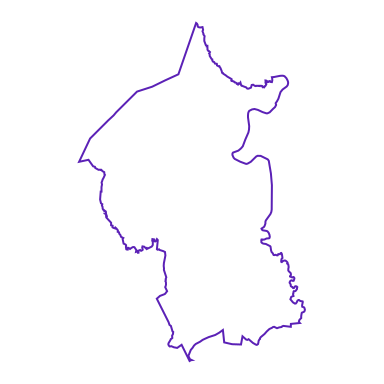 Tanquián de Escobedo, San Luis Potosí, Mexico (Natural Earth projection)
{"feature_id": "50627088B81870617842990", "entity_name": "Tanquián de Escobedo", "entity_type": "district", "adm_level": 2, "iso_a3": "MEX", "parent_name": "Mexico", "parent_adm1": "San Luis Potosí", "projection": "natural_earth1", "projection_center": [-98.642, 21.612], "detail": "fine", "context": "isolated", "style": "outline", "palette": "violet", "viewbox_px": 384, "rotation_deg": 0, "n_neighbors": 0, "source": "geoboundaries", "source_scale": "gbopen_adm2", "svg_char_len": 5982}
<svg xmlns="http://www.w3.org/2000/svg" viewBox="0 0 384 384"><path d="M271.9,77.2L272.2,78.4L272.3,80.4L271.9,82.1L270.8,82.0L269.9,81.0L268.6,81.4L268.6,81.9L267.1,82.2L266.8,81.6L267.0,81.1L266.3,80.6L265.7,80.5L265.8,80.9L265.5,81.0L265.6,81.6L265.5,82.6L265.7,82.9L265.6,83.0L266.0,83.9L266.3,84.2L265.6,85.6L264.9,86.4L264.9,86.1L264.1,86.5L264.0,86.8L262.9,87.3L262.3,86.7L262.1,86.0L261.2,85.8L257.9,85.8L258.0,85.9L257.0,85.8L255.7,86.1L254.7,85.8L253.1,84.7L251.7,85.0L251.0,87.6L248.7,88.6L247.9,88.7L247.1,88.5L246.2,87.4L243.0,86.2L242.1,85.7L241.7,85.8L241.2,85.4L240.4,82.5L239.6,83.6L238.8,83.4L238.7,84.2L238.1,84.6L237.3,83.6L236.9,83.7L236.9,83.4L236.2,82.9L234.8,82.2L234.7,82.3L233.7,81.4L233.5,81.5L231.9,80.8L231.5,80.9L231.3,80.5L231.7,79.9L231.6,79.1L227.3,76.6L225.7,75.3L223.2,73.7L223.0,73.1L222.1,72.8L221.7,71.1L220.5,68.1L219.7,66.9L219.4,66.2L218.8,66.4L217.0,65.4L216.8,63.8L215.0,63.6L214.2,62.1L212.8,61.5L212.2,60.1L212.3,59.4L211.5,58.9L209.7,55.9L209.7,54.2L209.1,53.5L210.0,52.1L209.0,51.1L208.4,51.0L207.5,49.7L207.4,46.0L206.6,46.2L206.5,45.4L205.8,45.1L204.3,41.0L204.3,38.3L204.6,36.1L203.4,34.5L203.5,33.9L202.5,31.2L203.1,29.9L202.5,27.1L200.1,27.5L198.3,27.1L197.7,26.3L197.6,24.9L197.0,23.7L196.1,23.0L178.4,74.3L165.3,80.3L152.2,86.7L137.0,91.6L116.2,112.3L113.6,115.4L108.2,120.4L90.1,138.5L79.1,161.8L88.5,159.8L93.1,166.3L94.9,166.8L95.3,168.0L98.5,169.8L100.2,169.7L100.5,170.0L101.3,169.8L102.5,171.2L104.2,172.1L104.5,174.5L104.9,174.9L103.2,178.6L102.7,179.3L102.1,181.3L101.6,182.4L102.0,184.5L101.5,187.0L101.5,191.6L100.7,191.6L100.1,199.5L101.0,203.3L102.3,204.2L101.9,205.6L102.5,206.7L102.7,208.8L103.3,209.8L103.7,209.8L104.0,210.1L104.3,211.2L105.0,210.9L105.8,211.5L106.0,213.3L105.1,213.7L105.8,214.1L106.6,215.2L106.8,216.2L106.1,216.2L106.3,217.5L111.1,222.7L111.1,225.3L112.6,225.7L112.5,227.3L113.3,227.8L115.3,228.5L115.5,227.7L116.4,228.5L117.9,230.4L117.7,231.8L119.0,232.3L119.3,233.8L120.4,235.0L121.0,236.8L123.3,238.0L122.6,238.9L123.6,243.6L125.5,244.5L126.1,245.2L125.9,247.0L126.3,249.3L126.7,249.5L127.7,249.6L128.0,247.8L128.7,247.9L130.0,249.0L131.4,247.9L133.1,247.0L134.4,247.2L136.5,250.3L136.2,250.8L136.0,251.8L137.0,251.4L137.9,252.8L138.5,252.7L138.5,252.1L138.1,250.8L140.1,250.0L140.5,250.5L141.1,250.8L142.5,250.1L142.7,249.4L142.2,247.6L142.5,246.4L144.2,246.7L146.1,248.5L146.2,247.9L146.9,247.9L147.4,248.7L151.7,246.6L152.6,245.4L152.8,244.7L152.8,242.0L152.7,241.4L152.2,240.8L152.4,239.1L154.1,239.4L154.1,241.1L155.1,241.5L155.9,241.0L156.9,239.1L157.8,240.1L156.9,249.2L157.5,249.7L159.0,249.3L159.4,249.9L163.2,251.1L165.0,252.0L165.4,255.5L163.9,263.1L163.7,265.9L164.0,268.5L163.9,269.9L166.3,277.3L165.6,279.2L165.9,279.9L165.4,281.1L165.9,282.1L166.0,284.5L165.7,286.0L165.2,287.1L167.1,291.2L165.1,293.8L164.2,294.3L160.0,295.9L156.8,298.7L168.6,322.2L169.5,324.9L170.9,325.9L172.5,331.4L173.2,331.9L173.0,334.0L172.1,335.7L172.3,338.0L171.4,338.8L170.8,339.1L170.3,340.3L168.7,342.9L168.3,344.1L168.8,345.6L169.8,346.5L171.3,346.2L173.9,347.3L177.2,347.9L181.6,344.8L189.6,361.0L191.0,360.2L191.8,360.1L189.9,359.2L188.4,355.9L190.8,349.9L192.6,347.8L194.0,345.6L195.7,344.0L200.1,341.7L202.6,339.9L204.9,338.8L208.7,337.1L215.2,335.0L219.2,332.7L222.9,330.0L224.2,342.4L232.1,344.2L241.0,344.5L242.5,336.3L246.2,339.6L247.4,339.9L248.6,339.2L252.9,342.9L255.8,344.6L256.8,344.9L258.0,344.1L258.4,342.5L258.6,340.9L259.3,339.6L260.0,339.0L259.9,338.4L260.8,337.1L264.5,334.0L266.8,331.4L269.4,329.0L272.0,327.8L272.9,327.1L274.1,326.8L277.0,328.2L279.2,327.4L281.6,327.0L282.2,326.3L283.3,325.9L290.8,326.8L290.9,323.9L299.8,323.0L299.5,322.7L298.9,321.3L299.5,319.8L301.2,318.1L301.2,316.1L301.7,313.0L302.0,312.6L303.6,312.0L304.3,311.5L304.7,310.7L304.9,309.6L304.4,307.9L304.1,307.4L302.2,306.7L302.1,305.2L302.8,302.0L302.6,301.4L300.3,301.0L299.0,300.0L298.5,300.0L297.5,300.6L296.7,302.4L295.8,303.5L294.9,303.6L293.0,302.4L290.4,299.3L291.2,297.0L291.8,296.6L293.5,296.0L293.0,294.0L293.4,293.3L293.4,292.1L293.8,291.2L295.0,291.2L295.7,290.8L297.0,289.0L297.0,288.2L297.3,287.1L296.7,286.5L295.8,286.2L294.9,286.5L294.1,287.9L293.4,288.1L292.9,287.9L292.4,287.0L291.7,286.8L290.9,286.2L290.7,285.7L290.7,284.5L289.6,282.8L289.7,282.1L290.0,281.7L290.3,281.0L291.3,280.3L291.9,280.3L292.5,280.8L293.6,280.8L293.8,280.4L294.4,278.6L294.3,277.9L293.7,277.1L293.2,277.0L292.6,277.4L292.1,277.4L290.0,276.5L290.0,276.2L290.9,275.1L290.9,274.0L290.6,273.0L288.8,271.3L288.3,270.5L288.3,268.8L288.6,267.6L288.6,266.4L288.2,264.3L287.2,263.6L287.6,262.8L287.3,262.2L286.3,261.2L285.4,260.6L284.8,260.5L283.3,260.8L281.8,262.1L281.3,261.9L281.2,261.5L281.3,260.0L281.7,258.7L282.4,258.1L282.4,257.4L281.9,254.1L281.3,253.0L280.7,253.1L279.9,254.2L278.3,254.1L277.7,255.3L277.1,255.4L275.6,254.8L274.5,255.1L273.6,255.0L272.7,253.2L271.6,252.0L271.1,250.5L270.5,246.6L270.2,246.2L265.9,244.0L263.2,243.6L262.1,243.0L261.4,242.3L261.3,240.4L261.5,239.5L262.1,239.4L262.8,239.8L263.3,239.6L264.5,239.5L266.5,238.5L269.0,238.3L269.4,238.1L269.8,236.9L269.5,234.9L268.6,232.7L267.4,231.3L266.3,230.9L262.8,230.3L261.9,229.6L261.5,228.6L263.9,227.0L264.6,225.9L265.4,223.6L265.4,221.9L265.8,220.5L270.4,214.1L271.3,212.0L271.7,209.6L271.9,185.2L270.9,173.4L268.8,160.9L268.1,159.8L267.6,159.3L260.7,155.9L257.6,155.8L256.2,156.5L250.8,161.8L247.6,163.6L246.5,163.9L245.8,163.8L240.2,161.7L234.7,158.9L233.6,157.7L232.4,154.9L232.5,153.4L233.0,152.6L238.4,150.6L241.0,148.4L242.8,146.3L245.3,139.6L248.4,132.5L249.0,129.7L249.2,126.1L248.0,117.3L248.0,115.2L248.2,113.1L248.7,111.7L249.3,110.8L252.1,109.4L254.5,109.0L257.9,109.9L262.6,112.1L266.3,113.3L267.5,113.3L269.7,112.3L272.8,109.1L275.0,107.1L276.1,105.0L276.1,104.6L275.7,103.7L275.7,103.1L277.0,101.3L278.4,98.7L280.5,92.1L282.6,89.5L286.7,86.5L287.7,85.1L287.9,84.3L288.1,83.3L288.1,82.1L287.6,80.5L286.4,78.2L284.5,76.2L282.9,75.7L280.2,75.8L274.1,77.0L271.9,77.2Z" fill="none" stroke="#5b21b6" stroke-width="2"/></svg>